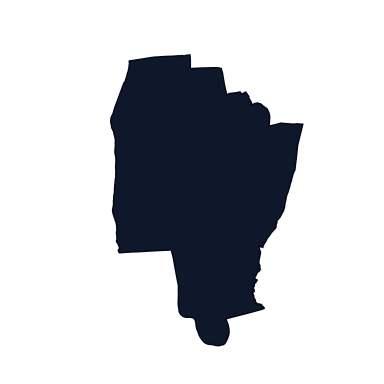 Concepción, Corrientes, Argentina (Albers equal-area conic projection), rotated 303°
{"feature_id": "61730980B94063956743041", "entity_name": "Concepción", "entity_type": "district", "adm_level": 2, "iso_a3": "ARG", "parent_name": "Argentina", "parent_adm1": "Corrientes", "projection": "albers", "projection_center": [-58.127, -28.402], "detail": "fine", "context": "isolated", "style": "filled", "palette": "ink", "viewbox_px": 384, "rotation_deg": 303, "n_neighbors": 0, "source": "geoboundaries", "source_scale": "gbopen_adm2", "svg_char_len": 5992}
<svg xmlns="http://www.w3.org/2000/svg" viewBox="0 0 384 384"><g transform="rotate(303 192 192)"><path d="M301.2,197.3L300.5,196.7L297.5,194.6L299.2,193.4L302.2,187.6L303.0,187.7L305.0,182.7L303.4,181.7L300.9,180.1L302.1,177.8L301.2,176.9L299.8,175.6L294.7,169.5L292.1,168.4L300.3,160.1L308.2,152.9L311.4,149.3L310.5,146.6L308.8,143.7L305.9,139.4L303.6,136.1L301.1,132.4L299.0,129.5L297.6,127.6L296.4,125.9L294.6,123.4L295.2,123.0L296.7,122.0L301.6,118.8L305.8,115.6L303.4,112.6L302.3,111.8L301.1,110.2L301.3,109.9L300.4,108.7L298.1,105.5L295.1,101.6L293.7,99.5L290.8,95.4L286.9,90.2L284.5,86.9L282.5,84.6L279.8,81.6L278.7,80.4L277.7,79.3L273.8,74.9L270.7,71.5L268.8,69.3L267.7,68.1L266.7,68.7L266.5,68.9L266.4,69.2L265.8,69.7L265.0,69.9L261.0,71.9L260.5,72.1L259.8,72.2L259.1,72.5L258.0,73.0L256.6,73.1L255.9,73.4L255.1,73.8L253.5,74.3L251.6,74.8L249.6,75.3L248.9,75.5L246.7,76.1L246.6,75.6L242.3,76.4L240.1,77.0L237.8,77.5L237.1,77.6L231.7,78.9L230.2,79.2L228.3,79.6L227.2,79.9L220.4,81.4L216.9,82.5L216.2,82.6L215.5,82.9L214.2,83.3L213.0,83.4L211.9,83.4L211.0,83.6L209.3,84.1L208.5,84.6L207.3,85.3L206.3,85.9L205.5,86.6L204.4,87.9L203.3,88.8L202.1,89.8L201.0,91.8L200.0,93.2L199.1,94.3L198.0,95.3L197.0,96.4L195.1,98.4L194.2,99.2L192.5,100.4L190.8,101.3L189.4,102.4L187.7,103.3L186.1,104.1L184.5,105.0L183.2,105.9L182.2,106.7L181.3,107.6L179.5,109.3L178.2,110.3L177.3,110.9L176.3,111.5L174.5,112.6L173.5,113.2L171.8,114.1L170.0,115.4L168.4,116.6L167.4,117.3L166.6,117.7L164.8,118.7L164.1,119.3L163.4,119.8L162.7,120.1L161.6,120.5L160.0,121.3L158.2,122.3L156.9,123.0L155.7,123.5L154.0,124.5L153.0,125.0L151.3,126.1L148.9,127.5L146.2,128.5L143.9,130.0L141.5,131.2L139.1,132.9L137.4,133.7L136.1,134.2L133.3,135.4L130.9,137.6L125.1,144.9L123.4,146.6L121.9,147.8L119.2,149.8L116.9,150.7L114.2,153.0L112.2,154.4L111.8,154.7L111.3,155.0L110.8,155.2L110.4,155.1L109.7,155.5L109.2,155.8L108.9,156.7L108.8,157.3L108.4,157.7L108.2,158.3L107.0,159.8L106.0,161.7L105.5,161.7L105.2,162.1L104.8,162.1L104.4,162.1L104.1,161.9L103.5,161.9L103.0,161.9L102.7,162.3L102.4,162.7L102.2,163.0L101.9,163.1L102.1,163.7L101.6,164.3L108.3,173.2L112.4,179.1L122.2,192.4L132.1,206.1L127.2,211.6L113.4,224.6L106.8,230.9L106.0,231.7L103.9,233.0L102.5,233.9L100.5,235.3L98.5,236.6L96.2,238.0L94.1,239.3L92.0,240.5L90.1,241.8L88.4,243.2L86.7,244.9L84.7,246.3L83.3,248.9L82.8,252.0L83.5,254.8L84.8,257.0L86.0,258.7L86.6,260.1L87.1,261.3L87.1,262.5L86.5,264.0L85.4,265.6L84.3,266.6L83.5,267.3L81.6,268.8L79.9,270.5L78.4,272.7L76.2,275.5L74.6,278.2L73.9,280.0L73.4,281.4L72.8,283.5L72.6,285.5L72.8,286.5L73.1,288.2L73.8,289.8L74.1,290.4L74.8,291.4L75.4,293.0L75.8,293.6L76.0,294.9L76.7,296.3L77.2,297.3L77.6,298.0L78.4,298.9L80.0,300.2L80.4,300.7L80.8,301.1L81.2,301.5L82.6,302.0L84.4,302.1L86.2,301.8L87.8,301.6L89.3,301.3L90.8,301.0L92.2,300.5L93.3,300.1L94.8,299.3L95.9,298.5L97.4,297.4L98.8,296.0L100.4,294.4L103.1,290.8L104.2,289.5L122.7,306.5L126.9,310.2L130.0,313.0L133.5,315.9L134.0,315.6L133.7,315.3L134.0,315.1L134.3,314.6L134.6,313.9L134.7,313.3L134.6,313.0L134.5,312.6L134.9,312.0L135.3,311.6L135.3,311.0L135.1,310.6L134.9,310.4L134.8,309.9L134.6,309.4L134.3,308.7L134.1,308.2L133.7,308.2L133.7,307.6L133.8,306.7L134.0,306.4L134.1,306.1L133.8,305.7L133.9,305.3L134.2,304.8L134.5,304.8L134.9,304.8L135.2,304.5L135.4,304.1L135.7,303.9L136.0,303.6L136.1,303.2L136.4,302.8L136.4,302.2L136.7,302.0L136.9,301.7L137.0,301.3L137.5,301.1L137.7,300.9L137.9,300.6L138.2,300.4L138.7,300.2L138.9,299.7L138.9,299.3L139.3,299.2L139.6,298.9L139.4,298.6L139.7,298.2L139.9,297.7L140.3,297.5L140.6,297.5L140.9,297.6L141.2,297.9L141.7,298.1L142.3,298.2L142.8,298.2L143.1,297.7L143.5,297.4L144.1,297.1L143.9,296.4L143.5,296.1L143.6,295.9L144.1,295.9L144.4,295.6L144.7,295.5L145.0,295.5L145.3,295.6L145.6,295.4L146.1,295.1L146.6,295.2L147.0,295.5L147.5,295.1L147.8,294.9L147.9,294.6L148.2,294.5L148.5,294.6L149.0,294.5L149.0,294.0L149.3,293.9L149.7,293.9L150.2,294.0L150.4,294.2L150.7,294.0L151.0,294.2L150.9,294.7L151.5,294.6L151.8,294.6L152.1,294.8L152.5,294.7L152.9,294.6L153.3,294.7L153.6,294.6L153.6,294.1L153.6,293.7L153.4,293.3L153.5,293.0L153.5,292.5L153.3,292.3L153.4,291.9L153.6,291.6L153.9,291.4L154.2,291.2L154.8,291.2L155.1,291.0L155.5,291.2L155.9,291.0L156.3,291.1L156.8,290.9L157.5,291.0L157.6,290.6L158.1,290.7L158.7,290.7L159.0,290.7L159.5,290.7L159.9,290.6L160.2,290.6L160.8,290.8L161.2,290.7L161.4,291.1L162.1,291.3L162.6,291.5L162.9,291.4L163.2,291.5L163.6,291.2L164.1,291.1L164.6,291.3L164.8,291.0L164.7,290.6L164.2,290.3L164.0,289.8L164.1,289.5L164.4,289.5L164.9,290.0L165.4,289.8L165.9,289.8L166.3,289.6L166.7,289.3L167.4,288.8L167.5,288.5L167.6,288.1L167.9,287.7L168.1,287.4L169.3,286.3L170.1,286.0L170.8,285.6L171.3,285.3L171.6,285.2L172.4,284.8L173.2,284.5L174.5,284.1L176.1,283.4L176.8,283.1L177.6,282.9L178.3,282.5L179.3,281.8L180.3,280.2L181.8,278.8L183.0,277.8L184.2,281.5L184.8,281.1L186.2,280.9L187.5,280.7L188.6,280.7L189.0,280.7L190.0,280.8L190.4,280.8L191.4,280.6L192.5,280.4L193.7,280.4L194.0,280.3L195.5,280.4L196.7,280.6L197.4,280.6L201.2,280.7L207.5,281.7L209.6,280.8L211.0,280.0L212.5,279.9L213.5,279.1L214.5,278.9L215.5,279.0L215.8,279.1L216.8,279.2L217.2,279.3L218.0,279.4L219.2,279.4L219.6,279.4L220.9,279.3L222.0,279.2L223.1,279.0L224.2,278.9L225.5,279.0L226.2,278.8L226.6,278.7L228.3,278.2L229.7,277.8L231.7,276.8L233.6,275.9L235.2,275.4L235.6,275.3L237.3,274.6L239.0,273.8L240.6,273.3L242.1,272.9L243.8,272.6L245.3,272.2L246.8,271.7L248.9,271.2L250.5,270.6L250.9,270.5L251.9,270.1L253.3,269.7L254.7,269.4L255.9,269.0L257.1,268.5L259.5,267.7L259.8,267.7L261.4,267.1L263.1,266.7L263.5,266.6L264.6,266.4L265.2,266.4L266.7,266.2L268.4,265.3L271.8,263.6L275.4,261.9L288.9,255.0L304.3,249.7L309.1,248.0L306.4,243.1L304.1,240.1L297.9,228.8L295.3,226.6L291.5,223.0L289.4,220.7L297.1,216.4L299.0,214.7L300.2,213.5L302.3,210.2L302.6,209.3L302.7,208.3L302.7,206.3L302.8,204.7L303.2,202.6L303.2,201.4L302.6,200.0L302.3,198.4L301.2,197.3Z" fill="#0f172a" stroke="#020617" stroke-width="1.5"/></g></svg>